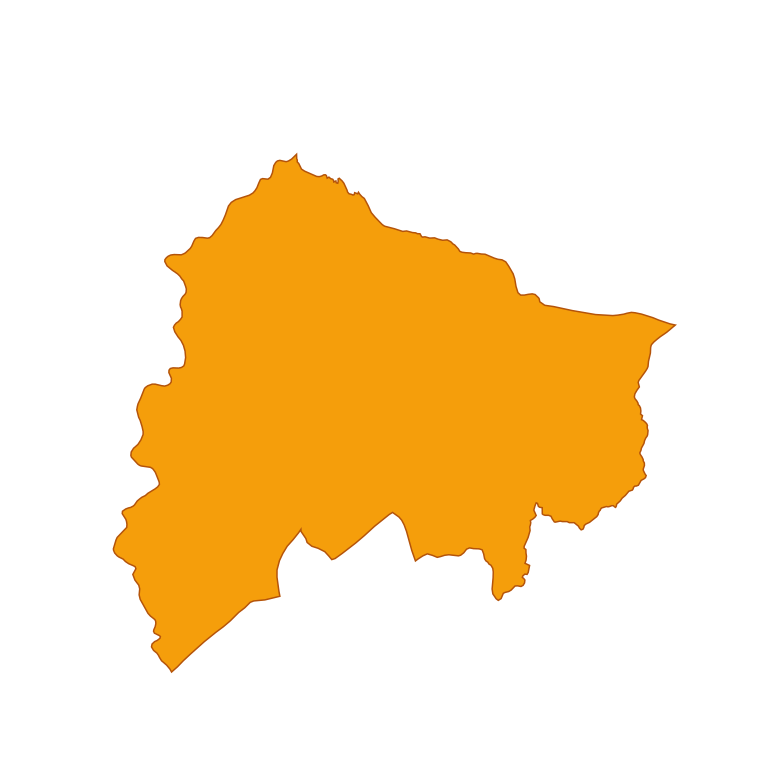 Pea Reang, Prey Vêng, Cambodia (orthographic projection), rotated 349°
{"feature_id": "14789045B14089291645285", "entity_name": "Pea Reang", "entity_type": "district", "adm_level": 2, "iso_a3": "KHM", "parent_name": "Cambodia", "parent_adm1": "Prey Vêng", "projection": "orthographic", "projection_center": [105.246, 11.679], "detail": "fine", "context": "isolated", "style": "filled", "palette": "amber", "viewbox_px": 768, "rotation_deg": 349, "n_neighbors": 0, "source": "geoboundaries", "source_scale": "gbopen_adm2", "svg_char_len": 6161}
<svg xmlns="http://www.w3.org/2000/svg" viewBox="0 0 768 768"><g transform="rotate(349 384 384)"><path d="M199.4,271.0L199.7,273.9L198.6,279.7L196.6,281.7L194.0,283.6L191.6,284.6L189.6,286.2L188.1,288.2L188.6,292.8L190.8,298.4L193.0,302.5L194.5,307.8L195.0,313.7L194.3,320.3L192.2,326.0L191.0,328.0L188.4,329.1L185.5,329.2L180.0,327.9L177.2,328.0L175.6,329.4L175.0,331.8L176.4,337.8L175.5,341.4L174.0,342.9L171.4,343.9L168.3,344.2L165.3,343.2L159.4,340.5L156.4,339.9L151.7,340.7L148.9,342.0L147.7,343.2L142.5,351.4L138.8,356.5L137.6,359.0L136.4,362.2L136.8,369.8L137.7,373.2L138.4,379.8L138.5,384.7L137.9,387.6L134.7,392.5L130.9,396.4L125.9,399.3L122.9,402.5L121.9,405.8L122.1,407.6L127.0,415.6L128.4,417.1L129.9,418.1L138.8,421.2L140.7,422.9L141.5,424.4L142.7,427.1L143.3,430.2L144.6,437.2L144.4,439.7L142.2,441.8L139.2,443.3L131.4,446.2L128.4,448.0L124.6,449.0L122.4,450.1L119.5,451.7L116.0,455.1L114.7,455.9L111.8,456.8L109.4,456.9L106.6,457.4L103.0,459.0L102.3,461.3L104.8,467.7L105.0,469.9L104.9,472.7L104.1,475.7L92.8,483.7L91.1,486.1L86.9,494.2L86.8,495.6L87.4,498.5L89.3,501.7L90.7,503.2L94.5,506.1L96.3,508.9L99.1,511.7L103.2,514.5L104.9,515.9L105.2,518.0L101.1,523.0L102.1,529.0L104.9,534.7L105.1,538.5L103.4,544.3L103.6,548.9L108.6,564.2L110.5,567.3L114.1,571.5L114.6,573.3L114.3,575.7L113.1,578.5L111.2,581.3L110.6,582.7L111.1,584.8L115.6,588.2L116.3,589.3L115.5,590.9L112.3,592.5L109.7,593.1L106.7,595.0L105.6,597.7L107.0,601.6L109.7,604.8L110.8,607.2L111.5,609.7L112.8,613.2L117.0,618.5L119.5,623.1L120.5,626.2L127.3,622.2L134.4,617.2L142.6,612.1L158.5,602.6L171.5,595.7L180.0,591.6L188.0,587.1L197.8,580.5L204.6,577.1L211.0,572.8L214.7,572.1L225.9,573.2L241.3,572.5L241.3,567.3L242.1,553.2L243.5,546.1L247.7,537.4L252.3,531.1L258.0,524.8L265.1,519.4L271.8,513.7L274.7,510.8L274.4,512.8L277.8,520.8L278.3,524.9L282.2,529.5L288.0,532.7L293.9,537.3L297.1,542.5L299.2,546.4L302.7,546.0L310.9,542.2L326.0,534.6L335.9,529.0L347.5,521.9L364.2,513.1L367.9,511.7L373.3,517.4L375.4,521.1L376.9,526.1L378.0,533.0L379.5,552.6L381.1,563.7L384.4,562.1L389.4,560.1L394.1,559.0L398.8,561.4L403.2,564.3L406.5,564.2L410.9,563.7L415.1,564.0L424.3,566.9L426.6,566.7L430.1,564.9L433.5,561.9L436.7,561.2L440.5,562.7L446.0,564.0L448.7,565.5L449.4,569.8L449.4,574.7L450.3,577.1L451.9,578.7L452.7,580.8L454.4,582.3L455.6,585.7L455.4,589.3L454.1,595.1L451.0,605.9L450.8,610.8L453.1,616.2L454.9,618.2L458.0,617.0L461.2,612.2L463.1,611.7L466.9,611.5L469.6,610.5L474.1,607.3L476.6,607.6L479.8,608.9L482.1,608.2L484.0,606.1L484.9,603.3L484.0,601.5L482.9,600.2L483.7,598.8L486.0,597.5L488.1,598.2L489.6,596.5L492.3,589.9L488.2,586.9L489.9,583.9L491.0,580.2L491.1,577.1L491.7,573.5L490.2,572.0L490.6,570.1L496.2,562.1L499.4,555.8L499.8,552.0L500.7,550.5L501.6,548.2L501.6,545.9L504.2,545.0L506.6,543.7L508.3,542.1L507.0,536.4L508.9,532.5L510.7,529.7L511.9,530.5L512.2,533.6L513.3,534.7L515.7,535.6L514.6,541.7L515.4,542.7L517.0,543.6L520.5,544.3L522.7,545.7L523.4,548.4L524.9,551.9L525.9,552.3L530.8,552.2L532.9,553.1L537.5,554.0L539.5,555.5L544.2,556.4L547.7,560.6L548.4,562.8L549.7,564.8L551.6,564.5L552.7,563.1L553.6,561.1L555.5,560.0L559.4,559.0L567.5,554.8L569.3,553.0L569.9,551.4L571.0,549.9L572.1,549.2L573.0,547.9L574.0,547.2L578.9,546.7L580.4,547.3L581.9,547.3L584.4,546.9L585.9,547.2L586.9,548.6L587.8,549.3L588.8,548.1L589.4,546.4L593.6,543.8L596.0,541.5L599.7,539.4L603.9,536.0L607.6,535.5L608.6,534.4L609.2,533.1L610.6,532.1L612.3,532.3L614.4,531.9L618.0,527.7L621.4,526.6L622.8,525.8L623.9,523.9L623.1,522.2L622.1,518.5L622.2,517.1L624.1,513.7L624.5,511.2L623.8,508.9L624.0,507.5L623.3,504.8L622.2,502.2L621.9,500.5L623.5,498.3L624.5,496.0L627.8,492.0L629.0,489.3L630.6,487.0L632.4,485.3L633.1,484.1L634.3,480.1L634.0,477.9L634.2,476.1L634.7,475.0L634.3,473.2L633.3,471.5L631.5,469.2L630.0,468.1L631.7,464.4L630.1,462.5L631.0,459.5L631.2,456.4L630.5,453.9L629.6,452.8L629.7,451.2L628.8,448.6L627.5,446.2L627.3,444.4L628.4,441.5L631.2,438.3L634.1,435.6L633.8,431.0L634.8,429.2L643.1,421.4L645.4,418.9L646.5,417.2L648.0,412.1L651.4,404.5L652.7,399.1L653.5,397.3L654.2,396.3L657.0,394.2L660.7,392.1L664.4,390.2L671.5,387.1L681.2,381.7L676.3,379.6L665.9,373.7L660.6,370.2L650.1,364.5L644.1,362.0L640.5,360.9L636.0,360.9L632.8,361.2L626.6,361.0L621.6,360.5L604.9,356.2L582.7,347.8L565.4,340.4L556.8,337.4L552.6,333.0L552.6,330.1L552.2,328.9L549.4,325.0L546.7,323.8L542.6,323.5L538.6,323.5L535.1,322.8L532.9,319.9L532.2,313.4L532.4,305.8L531.8,300.5L528.8,291.9L526.8,287.3L523.5,284.6L519.6,283.3L516.3,281.5L508.0,275.9L504.4,275.0L500.7,273.6L499.0,273.3L496.8,273.6L494.0,271.9L489.2,270.7L485.6,269.5L483.7,268.2L482.8,265.7L479.9,261.0L478.5,259.8L476.7,257.1L473.5,254.6L469.0,254.1L464.6,252.1L461.6,250.2L456.7,249.5L452.7,247.5L451.4,247.2L450.1,247.3L449.0,246.4L448.0,243.4L445.4,242.8L444.0,241.7L440.9,240.8L435.4,238.1L431.5,237.8L423.9,233.6L414.7,229.2L412.7,227.2L410.9,224.5L407.1,218.6L404.2,213.4L402.5,206.0L400.1,198.1L398.1,195.9L396.4,193.1L395.5,190.9L394.5,192.3L391.7,190.6L390.9,192.4L389.6,192.6L388.4,191.7L386.0,190.6L384.9,188.7L384.7,186.6L382.9,179.2L381.6,176.6L379.3,173.5L378.0,174.0L377.8,176.1L376.9,178.1L375.5,177.4L375.5,175.5L373.3,176.1L373.3,174.5L372.7,173.2L370.9,172.3L369.4,170.4L367.5,171.1L367.2,168.4L366.5,167.5L364.9,167.2L362.3,168.0L359.9,168.1L357.5,167.4L346.8,160.0L344.0,157.3L342.4,151.3L341.2,149.4L341.6,147.6L341.3,146.2L342.0,141.8L336.2,145.6L332.6,146.9L330.4,147.1L324.4,144.6L321.9,144.7L320.0,145.8L317.5,148.6L314.7,155.5L312.0,159.5L309.1,160.8L304.0,159.2L301.8,159.6L299.6,162.6L296.7,167.1L294.2,169.7L291.8,171.5L287.8,173.0L273.5,174.7L268.7,176.6L265.3,179.6L260.6,187.7L257.3,192.6L254.4,196.3L251.3,199.0L248.1,201.3L243.6,205.5L240.8,207.1L238.6,207.2L233.9,205.6L229.8,204.7L226.8,205.1L224.7,207.4L221.5,212.1L219.6,214.0L214.1,217.4L212.2,218.0L209.6,218.5L202.7,216.9L199.2,216.7L196.5,217.4L194.5,218.5L192.7,220.1L192.2,222.0L193.6,226.7L197.8,231.8L202.3,236.4L204.2,239.1L205.5,242.2L207.0,244.7L207.9,250.4L208.1,253.0L207.2,256.3L205.9,257.9L203.3,259.7L201.6,261.4L200.3,263.3L199.0,267.3L199.0,269.7L199.4,271.0Z" fill="#f59e0b" stroke="#b45309" stroke-width="1.5"/></g></svg>